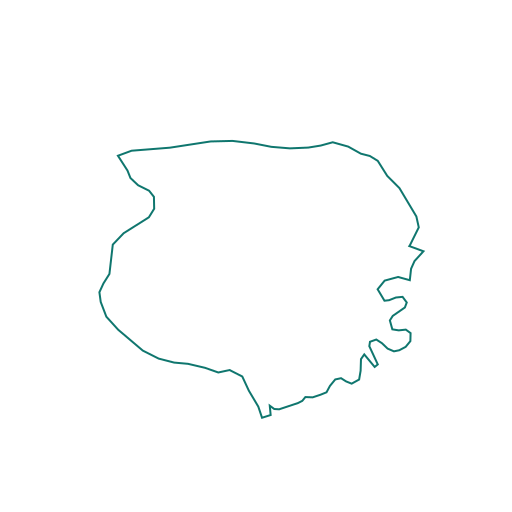 map outline of Tainan City (orthographic projection), rotated 231°
{"feature_id": "TWN-1160", "entity_name": "Tainan City", "entity_type": "Special Municipality", "adm_level": 1, "iso_a3": "TWN", "parent_name": "Taiwan", "parent_adm1": "", "projection": "orthographic", "projection_center": [120.249, 23.155], "detail": "fine", "context": "isolated", "style": "outline", "palette": "teal", "viewbox_px": 512, "rotation_deg": 231, "n_neighbors": 0, "source": "natural_earth", "source_scale": "10m", "svg_char_len": 1321}
<svg xmlns="http://www.w3.org/2000/svg" viewBox="0 0 512 512"><g transform="rotate(231 256 256)"><path d="M154.3,389.1L152.3,376.0L148.5,368.5L140.4,360.3L150.3,353.2L155.9,340.5L153.6,329.6L140.4,327.7L137.9,331.6L135.7,338.6L132.0,344.2L125.0,343.9L122.3,339.3L123.4,324.6L121.7,319.5L113.2,315.8L108.4,320.1L104.5,326.1L98.8,327.6L92.7,322.4L91.2,315.1L92.6,308.0L95.1,303.2L101.2,300.0L109.0,299.0L115.4,296.9L117.6,290.6L114.6,287.3L95.1,282.4L95.1,278.4L111.4,278.2L109.8,272.7L101.0,265.1L95.1,258.4L96.6,250.0L101.8,247.1L107.5,245.2L110.2,239.9L108.5,231.7L105.7,225.0L107.6,218.8L110.5,211.1L115.3,205.6L114.3,200.8L115.3,196.1L122.3,177.5L125.6,173.9L131.0,172.5L123.2,167.3L126.5,158.9L137.5,163.0L155.9,165.7L171.0,169.5L184.0,163.7L189.2,153.4L201.2,146.0L215.0,135.3L224.7,125.3L237.5,115.8L253.7,108.5L285.4,102.5L303.0,101.5L318.0,106.4L326.4,111.5L330.7,120.2L334.3,130.8L355.0,151.9L357.0,167.5L353.5,197.1L356.8,206.6L366.2,213.9L374.0,214.0L385.2,208.9L395.6,207.5L403.3,209.9L420.8,211.8L416.1,225.6L394.4,257.2L373.6,292.8L360.2,310.2L344.6,325.4L331.2,336.6L318.3,350.1L307.4,364.8L301.1,375.8L296.1,387.2L283.0,396.5L269.5,401.9L262.1,407.4L253.3,410.5L235.7,408.4L218.5,410.2L185.8,405.5L175.8,400.5L167.5,382.4L167.2,381.4L154.3,389.1Z" fill="none" stroke="#0f766e" stroke-width="2"/></g></svg>